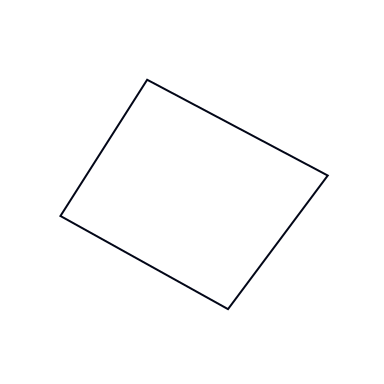 outline of City of Saint George, rotated 61°
{"feature_id": "BMU-5135", "entity_name": "City of Saint George", "entity_type": "state/province", "adm_level": 1, "iso_a3": "BMU", "parent_name": "Bermuda", "parent_adm1": "", "projection": "orthographic", "projection_center": [-64.674, 32.375], "detail": "fine", "context": "isolated", "style": "outline", "palette": "ink", "viewbox_px": 384, "rotation_deg": 61, "n_neighbors": 0, "source": "natural_earth", "source_scale": "10m", "svg_char_len": 222}
<svg xmlns="http://www.w3.org/2000/svg" viewBox="0 0 384 384"><g transform="rotate(61 192 192)"><path d="M243.4,65.3L311.9,217.3L149.2,318.7L72.1,176.8L243.4,65.3Z" fill="none" stroke="#020617" stroke-width="2"/></g></svg>